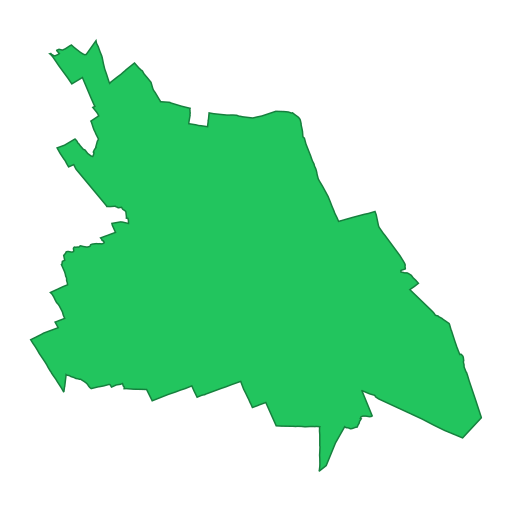 the district of Sipote, Iasi, Romania
{"feature_id": "2599482B43206903693326", "entity_name": "Sipote", "entity_type": "district", "adm_level": 2, "iso_a3": "ROU", "parent_name": "Romania", "parent_adm1": "Iasi", "projection": "equal_earth", "projection_center": [27.182, 47.479], "detail": "fine", "context": "isolated", "style": "filled", "palette": "green", "viewbox_px": 512, "rotation_deg": 0, "n_neighbors": 0, "source": "geoboundaries", "source_scale": "gbopen_adm2", "svg_char_len": 5865}
<svg xmlns="http://www.w3.org/2000/svg" viewBox="0 0 512 512"><path d="M304.4,138.2L302.9,136.8L302.5,131.5L301.9,128.3L301.4,126.1L301.1,124.5L301.1,123.6L300.3,120.1L299.8,119.0L298.9,117.8L298.1,117.0L294.9,114.7L292.5,112.8L291.6,113.1L288.4,112.0L284.5,111.6L275.8,111.3L261.8,116.0L256.9,117.0L252.8,118.0L242.6,116.8L240.4,116.3L239.0,116.2L236.8,115.3L232.9,115.0L227.1,115.1L213.5,113.7L209.1,112.9L208.5,119.1L208.1,120.9L208.2,121.4L207.7,125.2L207.6,126.7L200.8,125.7L198.9,125.6L195.8,124.8L188.8,123.7L188.9,122.1L190.1,115.1L189.9,114.6L190.2,112.9L190.0,112.1L190.0,110.7L189.8,109.4L190.1,108.3L181.5,106.2L171.6,103.2L170.2,102.7L169.9,102.4L169.2,102.3L160.5,101.7L160.1,100.7L159.3,99.5L155.2,92.6L153.9,90.8L153.2,89.6L152.7,88.2L151.0,82.3L147.2,77.6L145.8,76.0L143.9,73.7L142.5,71.1L141.9,70.5L141.1,70.2L140.7,69.6L139.0,68.1L134.5,63.0L126.0,69.8L125.0,70.8L123.2,72.3L121.0,74.3L116.8,77.4L110.7,82.2L109.7,83.4L109.0,81.9L106.5,74.1L104.7,69.0L103.4,63.6L102.2,57.5L101.7,55.8L99.9,51.4L98.2,46.6L96.6,43.5L96.4,42.8L96.0,40.7L86.2,54.5L84.5,54.7L82.7,53.8L81.1,52.8L79.6,51.8L78.3,50.7L77.7,50.3L73.6,47.0L71.4,45.0L69.9,45.8L65.3,48.8L62.4,50.1L59.0,49.3L56.7,50.3L56.7,50.5L56.8,50.7L59.3,53.6L58.0,54.5L54.9,55.9L54.0,55.7L51.6,54.4L50.8,53.5L49.8,53.8L50.6,54.4L51.7,55.6L52.8,56.9L59.0,66.0L67.8,78.0L71.8,83.9L82.4,77.5L90.9,97.7L94.0,104.7L94.9,106.4L92.8,107.4L96.8,112.4L97.9,114.1L98.7,115.9L90.9,121.1L91.2,121.6L91.9,123.6L93.3,128.0L94.2,130.3L94.8,131.4L94.9,131.5L95.9,134.0L98.4,138.9L97.9,140.5L97.4,141.0L95.7,147.3L96.0,147.6L95.2,148.5L94.4,149.7L93.3,152.1L94.0,152.9L93.3,155.3L92.7,156.5L91.1,156.0L87.7,153.5L85.2,150.2L84.7,149.8L83.4,149.4L79.9,145.4L79.2,144.2L77.8,142.9L77.0,141.2L75.2,139.1L74.8,139.1L64.5,145.2L57.1,147.9L60.1,153.3L64.0,159.2L64.7,160.0L65.5,161.3L66.6,163.5L68.6,166.9L73.7,164.6L75.8,168.8L76.2,169.4L103.2,201.8L106.4,205.7L106.8,206.5L110.1,206.6L115.3,206.2L116.0,206.8L116.9,207.0L117.6,207.5L118.3,207.8L121.5,207.3L122.7,209.2L125.2,210.9L125.7,211.5L125.9,212.0L126.4,216.4L126.4,218.2L127.7,218.2L127.9,218.4L128.4,220.4L128.5,223.0L128.5,223.5L122.6,222.1L120.5,221.9L111.9,223.4L112.3,225.2L115.5,232.4L100.6,237.9L101.8,239.4L102.0,239.9L102.0,240.3L102.5,240.7L103.4,240.8L103.6,241.5L104.2,242.2L104.2,242.7L104.0,242.9L102.9,243.6L101.4,243.9L99.7,243.7L98.2,243.8L96.4,243.6L92.3,244.1L90.7,244.7L90.5,245.0L90.2,246.0L89.9,246.3L88.8,246.7L87.0,247.1L83.3,246.5L80.5,245.8L80.0,246.0L79.2,246.8L78.4,247.2L77.4,247.0L75.7,247.3L74.9,247.1L74.4,247.1L74.0,247.4L73.4,248.3L73.6,249.3L73.5,249.6L73.8,250.7L73.7,251.2L73.0,251.8L72.3,252.1L71.4,252.1L68.5,251.5L67.6,251.5L66.6,251.7L66.0,252.1L66.0,252.5L65.6,253.0L65.6,253.3L64.7,254.2L64.2,255.0L63.7,255.3L64.7,260.3L62.4,261.3L62.2,262.1L62.1,263.7L62.0,264.0L61.4,264.5L64.6,271.8L65.3,274.1L65.7,276.2L66.4,277.6L66.6,278.4L66.6,280.4L67.3,282.8L67.6,284.8L62.9,286.7L50.4,292.5L52.1,294.2L53.8,297.0L55.3,300.2L56.6,302.6L58.1,304.2L59.2,305.7L62.3,311.7L62.7,312.9L63.2,314.9L64.7,318.4L55.1,322.1L58.2,327.7L43.6,333.1L41.2,334.5L30.7,339.7L33.1,343.6L35.2,346.6L37.3,350.0L39.2,353.4L43.0,359.0L45.0,362.0L46.8,364.9L48.2,367.6L50.4,371.2L51.1,372.1L51.5,373.0L53.1,375.4L55.9,379.3L57.2,381.5L61.3,387.8L63.5,391.7L63.9,391.5L64.5,387.1L64.7,386.5L66.1,374.7L66.3,374.9L66.8,375.1L69.3,375.6L71.0,376.6L74.0,377.5L75.9,378.5L78.1,378.8L79.5,379.3L80.5,379.2L80.9,379.4L81.9,380.1L83.9,381.3L86.2,383.0L87.5,384.3L88.5,385.9L89.7,387.4L91.2,388.6L98.4,386.8L99.5,386.7L103.7,385.9L109.1,384.4L110.1,384.7L111.5,387.1L116.4,384.9L120.5,384.3L122.5,383.5L122.8,384.3L123.2,385.9L124.0,386.6L124.2,387.1L124.1,388.7L126.1,388.6L133.5,389.2L140.4,389.3L146.6,389.5L152.2,400.8L168.3,394.4L175.5,392.0L180.4,390.1L185.1,388.6L191.8,385.9L194.2,391.3L197.1,397.2L201.7,395.3L203.8,394.8L204.8,394.7L205.5,394.2L221.2,388.4L225.7,386.9L231.6,384.6L240.7,381.4L243.6,389.1L245.7,393.2L247.7,397.4L248.7,399.3L250.1,402.6L251.1,404.5L252.4,407.5L257.9,405.5L258.9,405.0L265.8,402.5L276.2,425.8L281.4,426.1L294.1,426.3L295.2,426.5L297.3,426.3L301.3,426.4L305.0,426.8L310.1,426.5L313.4,426.5L315.0,426.6L316.2,426.4L319.8,426.7L319.6,427.2L319.5,431.1L319.8,434.7L319.8,442.9L319.8,445.7L320.0,446.9L319.8,451.9L319.6,455.2L319.8,458.2L319.9,463.8L319.8,466.5L319.3,470.6L319.0,471.3L326.2,465.6L335.5,442.9L344.7,426.7L345.4,427.3L346.3,427.7L348.2,427.8L350.0,428.6L350.7,428.8L352.3,428.5L355.9,427.2L357.0,427.2L357.4,426.6L358.0,425.1L359.1,423.3L359.5,421.5L361.2,418.8L360.3,418.5L361.0,416.9L362.7,416.1L365.9,416.1L369.5,416.7L371.2,416.5L372.2,415.9L361.9,390.7L362.0,390.6L369.5,393.8L374.3,395.2L374.8,395.5L375.2,396.0L375.5,396.8L378.6,398.9L421.8,418.9L434.1,425.3L444.7,430.5L462.6,437.9L481.3,417.8L481.3,417.4L475.8,400.6L469.2,381.0L467.5,375.3L466.5,372.4L466.1,372.1L464.1,367.0L464.0,364.6L463.5,362.8L463.4,361.7L463.7,360.6L463.3,357.4L462.9,356.2L461.5,354.6L460.9,354.2L459.8,354.5L458.0,350.1L457.6,348.9L456.7,346.8L456.5,346.0L454.9,341.4L451.4,330.5L451.2,330.4L449.6,324.7L449.1,323.5L443.0,319.3L441.8,318.3L438.9,316.8L438.1,316.0L437.8,315.9L435.4,315.3L434.0,313.2L432.6,311.6L409.8,289.6L414.5,286.4L418.4,283.3L415.7,280.2L413.1,277.8L411.3,275.3L408.6,273.6L407.1,272.9L404.4,272.9L403.4,272.5L401.0,272.1L400.8,270.7L401.2,270.3L404.0,269.4L405.3,268.9L405.3,268.3L405.0,266.8L405.2,264.9L404.8,264.1L404.8,263.7L403.3,261.1L399.9,255.6L385.2,235.7L383.1,233.1L379.3,227.6L378.7,226.4L378.4,225.3L376.2,214.8L375.0,211.5L368.3,213.5L364.3,214.3L352.3,217.5L338.6,221.4L337.0,217.7L334.7,213.1L333.9,210.8L331.9,206.1L330.3,201.9L328.1,196.5L322.5,186.2L319.2,180.7L318.2,178.7L317.0,174.0L316.8,172.6L316.3,170.5L315.7,168.6L314.5,166.1L314.0,164.0L312.5,161.1L311.7,159.0L310.5,155.5L309.8,153.8L305.9,143.9L304.4,138.2Z" fill="#22c55e" stroke="#15803d" stroke-width="1.5"/></svg>